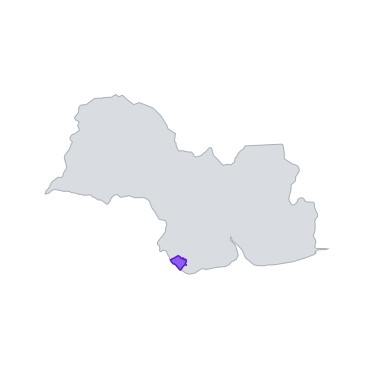 VI-4 Lower Corentyne Rive, East Berbice-Corentyne, Guyana (highlighted), rotated 129°
{"feature_id": "73187651B56094109517329", "entity_name": "VI-4 Lower Corentyne Rive", "entity_type": "district", "adm_level": 2, "iso_a3": "GUY", "parent_name": "Guyana", "parent_adm1": "East Berbice-Corentyne", "projection": "mercator", "projection_center": [-57.321, 5.762], "detail": "fine", "context": "in_parent", "style": "filled", "palette": "violet", "viewbox_px": 384, "rotation_deg": 129, "n_neighbors": 0, "source": "geoboundaries", "source_scale": "gbopen_adm2", "svg_char_len": 4987}
<svg xmlns="http://www.w3.org/2000/svg" viewBox="0 0 384 384"><g transform="rotate(129 192 192)"><path d="M122.9,179.8L114.8,170.8L106.6,161.7L98.6,152.7L98.0,151.5L101.4,147.2L104.4,144.1L106.9,142.4L108.1,140.9L107.2,134.3L107.2,131.9L106.0,129.3L105.2,126.4L106.2,124.0L107.4,122.4L109.0,121.7L112.7,121.1L115.4,120.9L116.3,119.9L117.8,118.8L119.8,118.7L123.8,119.5L125.6,118.1L128.8,116.1L136.2,112.7L137.8,110.5L139.0,107.0L138.8,105.4L138.1,104.8L136.3,104.2L133.5,104.1L131.2,105.0L129.0,104.5L127.0,102.4L126.9,100.7L128.1,98.2L127.4,96.6L123.7,91.3L123.8,89.9L126.4,87.5L127.9,85.5L130.0,80.8L131.6,79.2L136.7,78.6L138.0,77.6L140.6,75.1L144.5,72.2L150.0,69.9L151.6,65.7L152.6,64.5L157.1,62.3L157.8,61.1L157.7,60.1L150.6,50.7L152.0,51.3L157.5,57.5L160.6,58.8L161.2,58.8L161.3,57.2L164.1,57.9L171.3,62.1L181.9,69.1L196.8,82.2L201.0,87.2L203.9,89.5L208.3,95.2L209.6,98.0L209.5,109.1L205.6,116.6L204.6,122.3L204.4,129.8L202.1,134.1L205.1,131.7L206.1,125.0L208.6,120.8L212.0,116.3L216.4,115.2L221.3,117.2L225.1,117.5L228.5,118.8L235.8,126.1L242.9,131.8L245.5,136.3L253.0,138.6L257.5,142.2L258.9,145.4L259.8,153.5L258.3,165.9L258.7,166.5L256.7,168.9L256.3,170.5L255.0,173.2L254.0,174.7L255.5,178.1L257.2,178.3L257.8,178.7L258.2,179.4L258.1,180.1L257.5,180.7L255.9,181.6L254.3,183.5L254.5,185.7L253.5,186.8L250.4,187.4L244.3,187.4L241.3,187.6L238.9,187.9L237.4,189.3L235.4,190.3L233.8,190.6L232.4,192.2L231.1,194.5L231.5,196.1L232.9,198.2L233.8,200.3L232.7,203.8L231.5,206.5L230.8,208.6L229.8,212.6L227.5,216.9L225.8,219.4L225.8,222.1L226.6,225.9L231.4,231.5L233.0,234.2L234.3,238.4L238.6,241.8L241.3,244.5L241.0,248.1L241.4,249.2L243.1,250.1L245.1,250.8L247.4,250.8L249.4,250.5L249.9,250.0L254.5,249.9L255.1,250.8L255.3,256.0L255.5,258.1L256.6,258.9L257.3,260.2L257.3,261.4L257.6,264.3L258.2,265.8L258.1,268.9L258.6,270.0L259.9,270.8L261.5,273.0L262.1,273.3L262.5,274.0L263.9,277.2L264.6,278.1L265.1,278.3L265.3,279.4L266.3,282.3L267.0,283.0L268.3,285.2L268.8,287.6L270.5,290.2L272.3,292.1L273.1,294.0L275.3,298.3L277.5,301.3L280.4,302.1L282.9,302.5L284.5,303.7L286.0,304.9L284.3,305.5L282.9,306.3L280.9,305.7L278.0,306.0L275.1,306.8L272.4,307.3L267.3,305.9L265.8,305.7L264.7,305.1L262.6,302.5L261.6,302.2L258.9,303.4L255.6,304.3L254.0,304.1L252.1,305.0L250.4,306.2L247.0,311.4L245.3,313.2L243.4,314.0L239.7,314.0L235.7,314.2L232.7,315.5L229.9,316.1L228.5,316.2L228.1,319.0L227.4,320.3L226.5,321.1L224.4,321.3L222.4,321.2L221.2,320.0L219.1,319.4L217.1,319.0L215.8,318.3L214.8,318.5L214.0,319.7L213.3,320.7L212.7,322.6L209.8,323.2L208.5,324.2L209.2,327.7L208.9,329.1L208.3,330.1L204.7,330.3L201.7,330.3L199.9,331.5L197.7,333.0L196.4,333.3L194.8,333.2L192.8,331.5L190.8,329.3L185.7,327.9L180.7,326.6L177.4,323.2L176.7,321.5L175.1,320.8L171.2,316.8L169.1,314.2L166.7,313.5L164.1,312.4L164.2,310.6L164.0,308.7L162.8,308.0L161.2,307.5L160.6,306.5L160.8,304.1L161.1,298.0L160.7,292.2L157.1,290.2L155.5,288.8L152.8,280.2L151.5,276.3L151.4,273.4L152.3,264.7L153.4,261.0L156.1,253.5L157.8,251.0L157.8,249.1L157.7,246.6L156.9,241.8L161.6,238.8L163.6,237.5L163.9,235.5L166.4,232.9L167.5,230.5L168.5,228.6L168.2,227.5L167.1,227.0L165.8,225.1L163.1,219.8L162.1,218.8L161.3,217.3L161.7,215.0L162.8,212.4L162.6,211.4L161.0,210.0L157.7,207.7L154.9,207.6L152.7,206.7L149.6,206.6L147.0,206.4L145.6,205.5L145.9,204.1L146.5,203.1L148.6,200.4L150.1,197.6L150.3,194.8L150.7,191.1L151.3,188.0L151.6,184.4L148.3,182.1L147.2,180.1L145.8,178.4L144.3,178.4L142.0,177.7L138.4,179.9L135.6,179.5L133.7,180.4L129.2,180.2L126.3,179.1L122.9,179.8Z" fill="#d9dde1" stroke="#a8b0b8" stroke-width="1"/><path d="M258.3,166.0L258.7,165.3L258.8,165.1L259.2,164.0L259.3,163.7L259.4,163.1L259.4,162.7L259.6,161.6L259.6,161.3L259.5,161.0L259.2,160.6L259.0,160.0L258.9,159.5L258.9,158.5L259.1,157.9L259.3,157.3L259.4,156.3L259.5,155.7L259.6,155.1L260.0,154.1L260.2,153.0L260.1,152.3L260.0,151.9L259.9,151.9L259.6,151.8L259.2,151.9L258.8,151.8L258.4,151.8L257.9,151.7L257.6,151.7L257.2,151.9L256.9,152.1L256.5,152.1L256.1,152.1L255.7,152.0L255.3,152.0L255.0,151.9L254.6,151.9L254.2,151.8L253.8,151.8L253.4,151.7L252.9,151.5L252.6,151.3L252.5,150.9L252.4,150.5L252.0,150.9L252.0,151.3L252.1,151.6L252.0,152.0L251.7,152.3L251.3,152.3L250.9,152.4L250.5,152.4L250.1,152.5L249.7,152.8L249.5,153.0L249.2,153.2L248.8,153.3L248.6,153.6L248.4,153.9L248.4,154.4L248.4,154.7L248.7,155.0L249.0,154.9L249.3,155.1L249.5,155.3L249.3,155.7L249.1,156.1L248.9,156.4L248.8,156.7L249.1,156.8L249.6,156.8L249.6,157.2L249.4,157.5L249.2,157.9L249.5,158.1L249.9,158.1L250.2,158.2L250.5,158.6L250.4,159.0L250.3,159.3L250.1,159.7L250.1,160.1L250.0,160.4L249.8,160.7L249.8,161.0L249.9,161.4L250.2,161.7L250.1,162.1L250.1,162.5L250.4,162.7L250.8,162.9L251.2,163.1L251.7,163.3L252.0,163.4L252.4,163.5L252.7,163.7L253.1,163.8L253.4,163.9L253.7,164.0L254.1,164.1L254.4,164.1L254.7,164.3L254.9,164.5L255.3,164.8L255.8,165.0L256.2,165.2L256.6,165.4L257.2,165.6L257.5,165.7L258.0,165.9L258.3,166.0Z" fill="#8b5cf6" stroke="#5b21b6" stroke-width="1.5"/></g></svg>